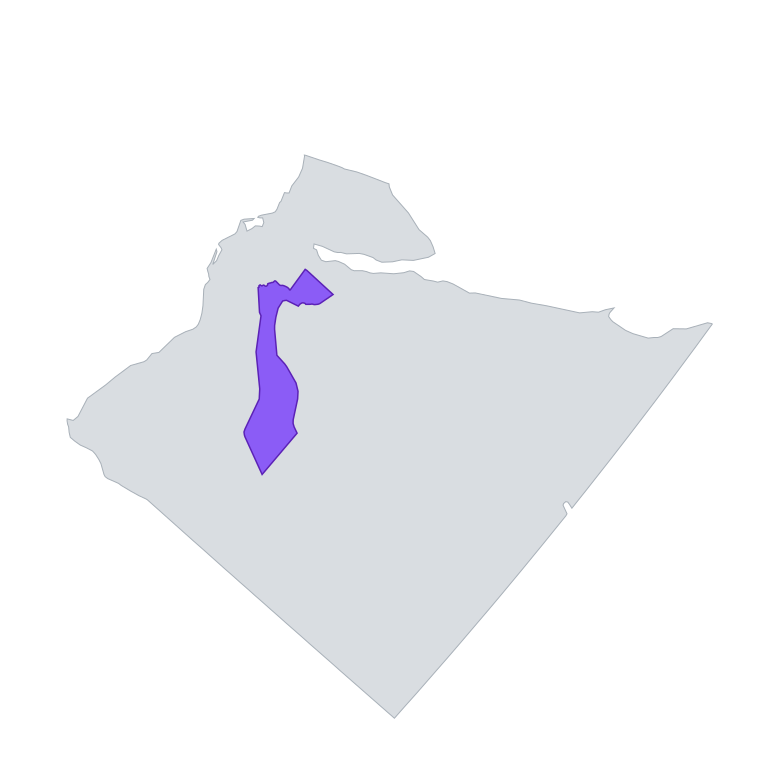 location of Al Jizah within Egypt, rotated 309°
{"feature_id": "EGY-1544", "entity_name": "Al Jizah", "entity_type": "Governorate", "adm_level": 1, "iso_a3": "EGY", "parent_name": "Egypt", "parent_adm1": "", "projection": "orthographic", "projection_center": [30.712, 29.007], "detail": "fine", "context": "in_parent", "style": "filled", "palette": "violet", "viewbox_px": 768, "rotation_deg": 309, "n_neighbors": 0, "source": "natural_earth", "source_scale": "10m", "svg_char_len": 4505}
<svg xmlns="http://www.w3.org/2000/svg" viewBox="0 0 768 768"><g transform="rotate(309 384 384)"><path d="M637.2,601.4L623.2,602.1L609.3,602.8L595.4,603.4L581.4,604.0L567.5,604.6L553.5,605.1L539.6,605.6L525.6,606.0L511.6,606.4L497.7,606.8L483.7,607.1L469.7,607.4L455.7,607.6L441.7,607.8L427.7,608.0L413.7,608.1L405.7,608.2L407.1,604.1L407.9,601.2L407.0,599.3L404.2,598.8L402.5,599.4L398.3,607.9L396.1,608.3L391.2,608.3L374.9,608.3L358.6,608.3L342.3,608.2L326.0,608.1L309.7,607.9L293.4,607.7L277.1,607.4L260.8,607.0L244.6,606.6L228.3,606.2L212.0,605.7L195.8,605.1L179.5,604.5L163.3,603.9L147.1,603.1L130.8,602.4L131.2,592.1L131.6,581.9L132.0,571.6L132.4,561.4L132.8,551.1L133.2,540.8L133.6,530.6L134.1,520.3L134.5,510.0L134.9,499.7L135.3,489.4L135.8,479.1L136.2,468.8L136.6,458.5L137.1,448.3L137.5,438.0L138.0,427.6L138.4,417.3L138.9,407.0L139.3,396.7L139.8,386.4L140.2,376.1L140.7,365.8L141.2,355.5L141.7,345.2L142.1,334.8L142.6,324.5L143.1,314.2L143.6,303.9L144.1,293.6L144.6,283.3L145.1,272.9L144.8,271.0L143.0,263.9L141.4,254.9L139.8,243.8L139.7,240.2L136.6,228.8L136.5,225.6L137.5,223.3L144.0,214.1L146.0,209.6L147.8,204.1L148.5,199.7L147.1,192.7L145.4,186.4L145.0,180.0L145.1,173.8L148.3,169.7L152.2,165.9L153.6,163.5L155.9,160.9L157.5,159.7L160.1,165.4L166.2,166.6L186.4,162.5L208.2,168.3L220.3,170.7L239.0,175.5L250.2,183.4L253.3,184.5L261.6,184.5L266.9,189.2L288.4,191.8L299.8,196.9L306.3,201.0L310.2,202.2L313.6,202.1L318.3,200.7L324.3,198.0L330.8,194.1L344.2,184.3L348.9,182.6L351.9,183.1L355.7,183.0L357.3,180.3L359.2,178.4L360.5,176.4L362.5,173.8L369.4,173.1L383.2,168.8L381.7,170.9L369.1,175.7L374.5,176.3L380.0,174.7L386.3,173.6L387.4,171.5L388.3,167.7L389.5,167.1L393.8,167.8L406.8,173.7L410.0,173.8L419.1,170.5L421.1,169.8L424.0,171.5L430.9,178.9L428.5,178.7L421.2,172.5L420.6,175.6L416.6,181.3L421.7,183.6L425.9,184.5L428.2,187.6L429.7,190.3L433.8,189.0L436.7,185.2L435.1,183.2L434.1,181.0L435.4,180.9L438.3,182.7L446.6,189.7L449.4,191.1L452.6,190.8L459.3,188.7L461.1,189.0L470.1,186.2L471.2,188.1L472.7,190.0L479.9,187.7L491.2,187.4L500.4,184.9L511.0,178.9L511.8,178.0L512.5,179.4L513.9,183.2L517.5,192.9L520.6,200.5L524.4,211.1L525.7,215.1L526.2,217.9L531.7,229.5L535.1,239.0L537.6,246.7L541.2,258.0L542.7,261.9L540.5,264.1L536.3,271.7L532.3,295.4L526.0,314.1L525.6,325.6L524.6,329.8L521.5,335.8L517.6,341.6L510.5,338.8L498.6,329.1L491.7,319.7L484.3,313.7L477.3,305.7L475.4,299.8L475.4,296.0L472.2,286.9L469.9,282.6L461.5,272.9L459.1,267.7L457.2,265.5L455.4,262.2L452.2,249.5L448.8,241.5L445.1,243.8L445.8,247.2L442.7,251.9L440.8,257.4L442.4,261.8L449.2,268.5L450.6,271.5L452.3,277.9L452.2,286.6L453.3,289.6L458.5,296.0L460.4,299.8L461.5,303.1L463.2,306.1L468.4,311.6L475.8,322.2L482.9,329.3L488.0,332.7L490.1,336.2L490.8,345.2L490.6,349.6L495.1,357.6L496.9,361.6L501.2,364.9L503.3,368.7L505.2,374.8L508.4,393.2L512.2,397.6L524.4,421.4L534.5,436.4L539.6,447.7L547.2,461.3L562.4,491.3L571.2,500.3L574.8,505.5L581.0,509.3L587.9,514.9L581.5,514.6L579.9,515.0L577.8,516.1L576.8,519.7L576.4,522.6L577.7,538.0L579.8,545.8L585.9,560.4L590.2,564.7L592.4,567.5L595.3,569.5L608.9,573.9L617.1,584.3L635.2,596.9L637.1,600.5L637.2,601.4Z" fill="#d9dde1" stroke="#a8b0b8" stroke-width="1"/><path d="M336.1,297.8L329.4,315.0L324.2,321.8L318.0,326.3L299.1,335.9L296.2,338.1L294.1,341.1L291.1,347.4L237.0,346.2L255.5,309.1L256.6,307.5L258.6,305.4L261.6,304.3L293.8,296.5L302.0,290.5L328.4,264.4L359.6,245.5L361.3,242.2L379.7,225.5L380.5,225.9L381.7,225.0L382.8,225.2L383.1,225.4L383.1,225.8L383.1,226.3L383.2,226.8L383.5,227.4L383.6,227.5L384.0,227.6L384.4,227.8L384.9,228.0L385.2,228.3L385.3,228.8L385.3,229.8L385.5,230.5L386.0,231.0L386.7,231.2L387.5,231.2L387.9,231.1L388.4,230.7L388.8,230.6L389.1,230.7L389.6,231.1L390.1,231.3L391.1,232.2L391.5,232.4L392.2,232.8L393.0,233.7L393.5,233.9L395.1,234.1L395.5,234.3L395.7,234.7L395.8,235.1L395.8,235.6L395.2,240.5L395.4,241.3L395.8,242.0L396.9,243.2L397.4,244.4L397.9,246.1L398.3,248.0L398.3,249.8L398.0,250.7L397.7,251.3L398.1,251.9L423.5,250.6L423.7,252.7L421.5,288.1L406.7,283.7L405.9,283.4L404.7,282.7L403.9,282.0L402.3,280.4L401.8,279.8L401.6,279.4L401.1,278.2L400.8,277.7L400.5,277.4L399.7,276.7L396.7,273.1L396.8,272.6L396.9,272.2L396.9,271.7L396.7,271.2L396.5,270.8L396.2,270.1L395.9,269.7L395.5,269.4L395.2,269.2L394.6,268.9L393.4,268.5L392.4,268.4L390.6,268.4L387.7,255.6L386.5,254.4L384.7,253.0L376.3,254.0L367.9,257.9L360.6,262.2L357.7,264.5L338.9,282.7L337.1,294.3L336.1,297.8Z" fill="#8b5cf6" stroke="#5b21b6" stroke-width="1.5"/></g></svg>